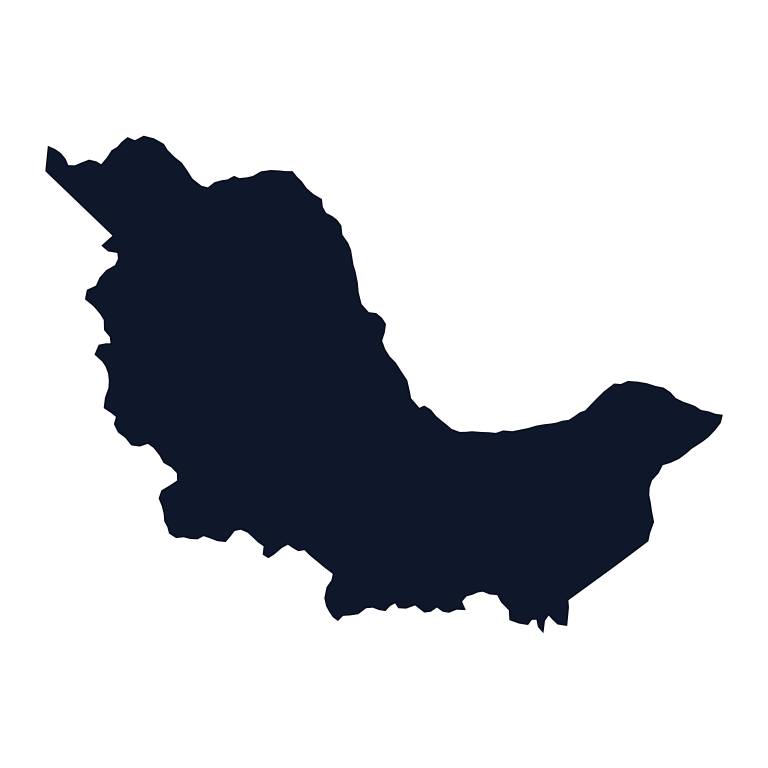 outline of Boa Esperança, Espírito Santo, Brazil
{"feature_id": "56859067B85430168030596", "entity_name": "Boa Esperança", "entity_type": "district", "adm_level": 2, "iso_a3": "BRA", "parent_name": "Brazil", "parent_adm1": "Espírito Santo", "projection": "natural_earth1", "projection_center": [-40.323, -18.474], "detail": "fine", "context": "isolated", "style": "filled", "palette": "ink", "viewbox_px": 768, "rotation_deg": 0, "n_neighbors": 0, "source": "geoboundaries", "source_scale": "gbopen_adm2", "svg_char_len": 3272}
<svg xmlns="http://www.w3.org/2000/svg" viewBox="0 0 768 768"><path d="M721.9,415.4L715.5,414.6L708.7,412.2L700.5,410.6L694.7,406.7L689.4,404.6L683.0,402.5L675.3,398.7L670.0,392.8L663.3,388.3L655.4,386.7L646.5,383.9L637.5,382.4L628.1,381.7L621.0,384.8L614.3,384.3L604.6,391.8L597.8,398.4L591.1,405.3L585.6,411.1L580.2,413.0L574.9,416.8L569.1,420.6L562.4,421.5L556.5,423.4L550.9,424.3L544.4,425.0L536.3,426.4L528.3,428.8L520.8,430.3L512.5,432.0L503.4,431.2L495.9,433.7L489.0,433.0L480.8,432.7L472.0,432.0L465.9,432.6L459.7,432.7L451.2,429.6L445.9,425.0L440.3,420.6L435.6,416.6L430.4,410.2L424.2,406.4L419.2,408.8L414.8,403.6L410.4,398.7L409.3,392.5L406.6,380.6L400.4,371.3L395.2,363.1L389.3,357.1L384.7,349.9L381.3,340.8L384.1,332.2L385.2,324.2L381.5,318.4L375.9,313.8L368.4,312.9L360.9,304.5L357.9,292.4L357.0,282.4L354.9,272.0L352.7,264.7L350.4,250.5L347.6,243.5L341.6,234.9L340.7,225.9L336.5,220.3L332.1,216.9L325.5,213.4L322.1,207.2L321.2,199.5L313.1,194.8L306.0,188.6L301.3,181.9L296.6,177.4L292.2,171.9L285.1,171.9L279.3,171.2L270.8,170.8L261.1,172.1L253.2,176.7L247.0,178.1L239.1,178.9L234.1,176.7L227.7,180.2L222.3,180.9L214.8,182.9L208.1,188.2L201.2,186.5L191.9,179.2L186.9,171.2L181.1,163.0L174.2,157.7L167.0,150.4L163.4,144.5L153.8,139.1L143.8,136.5L134.9,141.1L127.6,138.0L122.1,142.5L117.6,147.6L112.1,150.8L107.5,158.0L101.3,165.3L96.3,162.2L89.2,160.4L82.4,163.0L75.1,166.1L67.8,165.9L64.9,159.1L60.5,153.8L54.9,149.8L48.5,146.9L46.1,170.9L113.6,235.7L102.4,245.7L108.6,250.8L118.0,252.2L118.8,258.8L115.6,265.7L106.8,270.6L100.2,277.9L96.5,286.2L87.5,290.3L85.8,299.0L94.2,305.9L100.7,313.6L104.5,319.8L104.8,329.8L110.6,336.8L111.3,344.1L105.7,344.1L99.2,345.4L95.4,354.4L102.8,361.1L106.2,366.2L108.9,373.5L109.6,380.6L109.2,388.0L105.7,397.8L104.5,407.7L111.3,412.2L116.8,416.6L114.7,424.1L118.6,432.0L125.7,437.2L131.7,444.7L139.7,445.8L148.0,443.0L154.0,447.3L160.0,454.8L164.1,462.4L171.6,466.6L177.6,472.9L177.9,480.9L170.2,486.0L162.0,490.9L159.4,498.4L162.6,506.1L164.4,513.7L165.0,521.2L168.1,526.9L169.7,533.1L176.3,537.3L183.8,536.5L190.2,538.2L197.2,538.6L203.6,535.3L210.2,537.6L217.7,540.4L225.4,541.3L230.4,535.3L234.2,530.3L240.7,528.9L248.0,532.0L253.8,537.3L258.3,541.7L264.4,545.9L263.5,554.3L268.4,557.3L273.7,553.9L281.5,547.3L287.9,543.8L293.1,547.3L298.4,550.4L304.9,549.3L309.6,554.3L316.3,559.8L325.1,567.1L333.6,573.6L332.1,580.6L327.2,587.5L325.1,598.1L326.8,605.8L329.8,611.4L333.3,616.6L337.9,620.0L342.7,615.1L349.5,614.7L357.9,613.5L365.8,607.5L372.9,606.9L379.1,609.3L385.2,610.3L389.6,605.4L395.4,602.3L398.7,607.5L406.0,607.9L415.2,604.5L420.1,608.3L424.5,611.8L430.6,611.0L436.9,606.5L443.0,611.0L448.9,612.0L456.5,608.9L464.6,609.3L461.2,601.4L466.1,595.7L472.3,594.0L477.6,591.7L482.9,590.9L489.9,593.7L497.6,594.4L501.7,601.9L509.6,610.0L510.1,619.6L519.1,622.8L527.7,624.2L531.5,619.1L537.1,618.9L538.6,626.6L542.9,631.5L544.2,620.7L548.6,614.2L552.6,618.7L557.9,623.8L566.5,625.1L568.2,607.6L567.6,599.9L615.9,564.7L647.7,540.8L649.4,532.7L653.3,522.0L651.3,511.6L650.1,503.3L648.5,495.0L648.9,487.6L651.3,480.1L658.2,472.5L662.1,464.6L670.3,462.1L678.8,458.2L686.1,452.7L691.2,448.2L696.4,444.9L702.5,440.9L708.1,436.5L714.4,429.9L720.1,422.6L721.9,415.4Z" fill="#0f172a" stroke="#020617" stroke-width="1.5"/></svg>